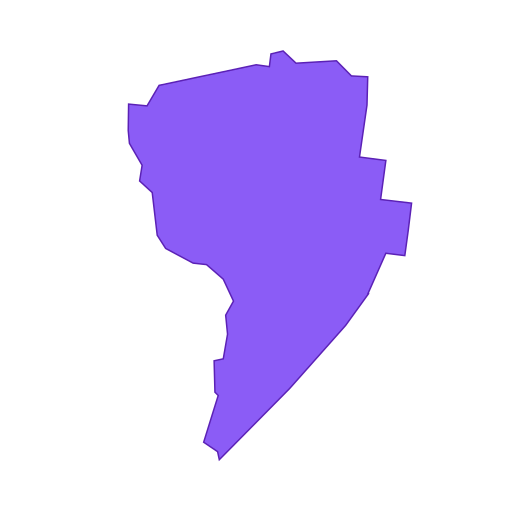 the district of Assumption, Louisiana, United States of America, rotated 8°
{"feature_id": "52423323B50058154101732", "entity_name": "Assumption", "entity_type": "district", "adm_level": 2, "iso_a3": "USA", "parent_name": "United States of America", "parent_adm1": "Louisiana", "projection": "mercator", "projection_center": [-91.067, 29.854], "detail": "fine", "context": "isolated", "style": "filled", "palette": "violet", "viewbox_px": 512, "rotation_deg": 8, "n_neighbors": 0, "source": "geoboundaries", "source_scale": "gbopen_adm2", "svg_char_len": 699}
<svg xmlns="http://www.w3.org/2000/svg" viewBox="0 0 512 512"><g transform="rotate(8 256 256)"><path d="M341.7,63.0L325.4,64.4L308.5,51.5L268.8,59.5L254.3,49.2L242.7,53.8L242.9,66.6L229.6,66.6L136.3,100.5L127.2,122.5L108.7,123.3L112.0,149.5L115.0,162.1L130.6,182.0L130.3,197.9L144.4,207.6L155.3,249.2L165.5,261.1L194.7,271.8L208.2,271.4L226.8,283.5L240.0,303.8L234.2,318.8L238.7,337.4L237.9,362.4L229.1,365.6L234.3,396.6L238.0,399.4L230.1,447.7L245.2,455.1L248.0,462.8L307.7,382.6L354.4,312.3L372.6,277.8L372.1,277.7L384.2,235.2L403.3,234.9L403.2,209.6L402.9,192.9L402.7,182.0L371.5,182.7L371.3,143.3L344.7,143.6L344.9,91.1L341.7,63.0Z" fill="#8b5cf6" stroke="#5b21b6" stroke-width="1.5"/></g></svg>